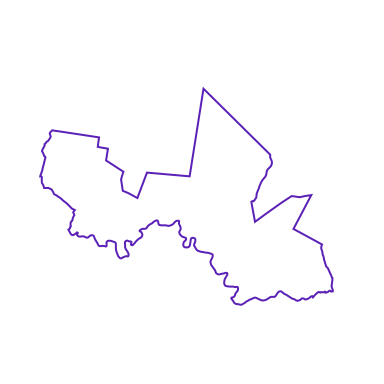 Malindi, Coast, Kenya (Natural Earth projection), rotated 189°
{"feature_id": "3690345B29695103199893", "entity_name": "Malindi", "entity_type": "district", "adm_level": 2, "iso_a3": "KEN", "parent_name": "Kenya", "parent_adm1": "Coast", "projection": "natural_earth1", "projection_center": [39.914, -3.232], "detail": "fine", "context": "isolated", "style": "outline", "palette": "violet", "viewbox_px": 384, "rotation_deg": 189, "n_neighbors": 0, "source": "geoboundaries", "source_scale": "gbopen_adm2", "svg_char_len": 6037}
<svg xmlns="http://www.w3.org/2000/svg" viewBox="0 0 384 384"><g transform="rotate(189 192 192)"><path d="M120.6,241.1L196.8,295.8L196.8,207.1L239.5,204.1L245.0,177.5L254.3,180.8L257.7,181.7L260.5,182.3L264.0,193.2L263.6,197.0L262.9,201.3L281.8,209.7L281.8,221.6L292.1,221.8L292.4,231.4L334.2,231.1L339.8,231.0L341.5,228.4L341.7,227.6L341.4,226.9L341.0,226.3L340.3,224.9L340.3,224.2L340.4,223.5L342.1,220.0L342.6,219.4L343.2,219.1L343.6,218.6L343.9,217.7L344.4,216.9L345.1,216.3L345.0,215.6L344.8,214.6L345.2,213.9L345.8,211.6L346.2,211.0L346.6,209.1L346.2,208.4L345.6,207.8L344.6,206.2L343.4,204.2L342.6,204.0L342.2,203.1L342.2,202.1L342.6,198.7L342.8,195.5L343.2,192.9L343.2,190.3L344.0,185.9L344.3,184.9L344.3,183.7L343.6,184.0L343.0,183.7L342.6,183.1L342.5,182.4L342.4,181.0L341.8,177.9L341.5,177.3L340.3,176.0L339.1,173.8L338.8,172.9L337.5,173.0L334.4,173.6L333.8,173.3L331.0,172.5L330.1,171.4L329.3,170.4L328.8,169.8L328.2,168.6L327.7,168.2L325.4,167.5L323.0,166.2L321.7,165.8L319.9,164.7L317.7,163.2L314.6,161.6L311.7,159.6L307.7,156.6L306.4,156.4L304.9,155.8L305.5,154.9L306.2,153.4L305.2,151.9L304.6,150.7L305.1,149.6L305.7,147.4L305.7,145.3L306.0,144.7L306.5,144.1L307.0,143.3L307.0,142.3L306.8,140.1L306.3,139.4L306.5,138.8L306.9,138.2L306.8,137.4L307.6,135.9L308.2,135.4L307.2,134.3L306.0,132.6L304.9,131.4L304.0,130.8L302.9,130.8L302.0,131.3L301.3,131.9L300.2,132.9L299.7,133.6L299.2,134.1L298.5,133.9L298.5,133.0L298.8,132.0L298.5,131.2L297.2,130.5L296.4,130.3L295.8,130.4L293.6,131.0L292.2,131.2L291.3,131.1L288.9,130.4L288.3,130.5L287.6,130.9L287.0,131.4L285.9,132.8L285.4,133.2L284.7,133.6L284.0,133.7L283.3,133.7L282.6,133.5L282.1,133.1L280.2,129.9L277.7,127.0L276.1,124.8L275.6,124.3L275.1,124.1L273.9,124.2L272.0,124.8L271.1,124.9L270.3,124.9L268.6,124.7L268.1,125.0L267.9,125.6L268.4,127.7L268.5,128.6L268.3,129.4L268.0,130.0L267.6,130.5L266.7,130.8L264.9,131.1L264.2,131.0L260.4,130.4L259.8,130.0L259.2,129.3L259.0,128.5L258.6,125.6L258.2,123.8L258.0,122.9L256.6,120.0L254.8,117.0L252.7,115.4L251.8,115.3L251.1,115.6L250.1,116.6L247.7,118.0L247.0,118.3L245.3,118.3L244.8,118.9L244.8,119.8L244.9,120.5L245.2,121.4L246.3,122.9L248.5,125.3L249.3,126.7L249.6,127.6L249.6,128.3L250.3,131.3L250.3,132.1L250.0,132.8L249.5,133.4L248.2,133.9L247.7,133.8L247.0,133.5L246.4,133.4L245.0,133.6L244.1,133.3L244.0,132.5L244.1,130.9L243.8,130.2L243.1,130.1L242.4,130.2L240.9,132.1L240.0,133.8L239.0,135.3L237.2,137.5L235.8,138.6L235.2,139.1L234.7,139.8L234.4,140.8L234.3,141.4L234.4,142.3L234.9,143.3L235.8,144.4L236.6,144.8L237.1,144.9L237.7,145.4L237.3,146.2L236.7,146.8L236.1,147.3L235.1,147.9L233.0,148.2L232.3,148.4L231.6,148.9L231.2,149.3L230.5,151.0L229.4,152.6L227.4,154.3L226.7,154.7L226.2,155.2L225.1,156.7L223.0,158.2L222.3,158.5L221.7,158.4L221.1,157.9L220.8,157.3L219.9,154.9L219.4,154.5L218.7,154.3L216.7,154.3L212.7,155.0L210.3,154.8L209.0,155.1L206.7,156.4L205.6,157.5L204.1,159.8L203.2,160.8L202.4,161.2L201.8,161.4L200.5,161.5L200.1,161.0L200.0,158.7L198.4,156.5L198.0,155.9L197.6,154.4L197.4,153.5L197.7,152.3L198.1,151.6L198.3,150.9L198.2,150.0L197.7,148.8L197.1,148.1L195.3,146.7L194.6,146.4L191.0,145.7L190.6,145.2L190.4,144.5L190.5,143.8L191.8,142.0L192.2,141.4L192.4,139.8L192.5,138.9L192.2,138.0L191.8,137.2L191.2,136.6L190.6,136.4L189.9,136.2L189.1,136.3L188.3,136.6L187.4,136.7L186.8,137.0L186.1,138.0L185.8,138.8L185.7,141.8L185.8,144.3L185.7,145.5L185.4,146.1L184.8,146.6L184.1,146.9L183.5,146.9L182.1,146.7L181.5,146.1L181.2,145.3L181.1,144.2L181.1,143.2L181.7,140.7L181.7,139.9L181.3,139.1L180.7,138.5L179.6,137.0L178.3,135.6L177.6,135.2L176.5,134.7L172.9,134.3L171.5,134.4L169.6,134.3L166.7,134.4L165.3,134.3L163.3,134.0L162.6,133.8L161.9,133.4L161.6,132.7L161.5,131.9L161.5,131.1L162.5,127.9L162.8,126.3L162.8,125.5L162.4,124.6L161.7,123.1L161.1,122.4L157.3,118.6L156.7,117.8L155.8,116.1L155.2,115.5L153.9,114.9L152.7,114.8L151.9,114.9L150.1,115.8L147.4,116.7L146.7,117.2L145.9,117.5L144.6,117.4L144.2,116.6L144.3,115.6L145.9,111.3L146.1,110.5L146.1,108.2L146.0,107.1L145.8,106.5L145.0,105.1L144.3,104.6L143.5,104.4L140.6,104.4L136.3,105.0L134.5,104.8L132.9,105.3L132.2,105.3L131.8,104.9L131.4,103.9L131.3,103.1L131.5,101.5L132.9,99.1L133.2,98.3L133.5,96.3L134.0,95.3L135.2,94.3L135.9,94.1L136.4,93.8L136.5,93.0L134.1,90.6L133.2,89.4L132.6,88.9L131.1,88.3L130.5,88.3L128.4,88.4L126.4,88.2L125.2,88.6L122.7,90.6L121.0,92.5L119.6,93.4L118.5,94.5L117.0,95.3L114.1,97.2L113.4,97.5L112.7,97.6L112.1,97.5L108.5,96.4L106.3,95.9L105.5,95.9L104.7,96.0L103.0,96.6L101.7,97.3L99.1,99.6L97.9,100.6L96.8,101.0L95.5,101.1L94.8,101.2L94.1,101.4L93.5,101.8L93.0,102.7L91.9,105.2L91.4,106.1L90.9,106.8L90.5,107.2L90.0,107.5L89.1,107.8L88.4,107.7L87.6,107.4L85.4,106.1L84.0,105.5L82.4,105.1L80.3,104.1L76.2,102.3L74.5,102.2L72.3,101.3L71.1,101.0L70.5,101.1L68.9,101.9L68.2,102.4L67.3,103.6L66.8,104.0L66.3,104.2L65.0,104.3L63.6,103.6L62.5,103.8L61.5,104.2L60.1,105.2L59.2,106.1L58.7,106.8L58.0,107.5L57.1,107.9L56.7,107.3L56.1,106.8L54.7,109.1L53.2,111.2L52.7,111.7L51.7,112.8L51.2,113.1L49.6,112.7L49.0,113.3L47.8,113.3L46.4,113.5L45.6,114.2L44.8,114.3L44.4,113.5L43.0,114.0L42.4,114.3L41.9,114.7L41.4,115.4L40.8,116.0L40.0,116.1L38.8,115.4L37.4,115.9L37.5,116.8L38.1,118.2L39.1,119.9L39.4,120.8L39.5,125.4L39.8,129.0L40.5,129.5L41.7,131.8L42.7,133.0L44.2,135.5L45.1,136.8L45.6,137.6L46.1,138.2L47.6,139.3L48.0,139.7L48.7,141.3L49.7,143.1L50.5,145.1L51.0,145.8L51.3,146.7L51.5,147.7L51.9,148.4L52.2,149.3L53.2,150.7L53.5,151.7L53.7,152.7L53.9,153.3L55.4,156.2L55.6,156.8L55.7,158.6L55.3,160.5L86.0,171.4L73.7,207.6L80.0,205.6L84.8,203.7L92.9,203.6L101.6,195.7L105.5,191.9L116.1,181.5L125.1,172.4L130.8,188.5L131.8,191.7L131.3,192.1L130.5,192.7L129.9,192.5L129.4,193.0L128.9,193.7L128.5,195.0L127.9,195.8L127.7,196.6L127.8,200.9L126.4,206.9L126.2,208.5L125.3,212.2L125.0,213.2L123.8,215.6L122.1,218.4L121.5,220.1L121.4,221.6L121.4,224.4L121.2,225.2L120.5,226.6L118.6,229.1L118.0,230.2L117.7,231.3L117.6,233.7L118.3,235.4L120.1,238.2L120.4,239.4L120.6,241.1Z" fill="none" stroke="#5b21b6" stroke-width="2"/></g></svg>